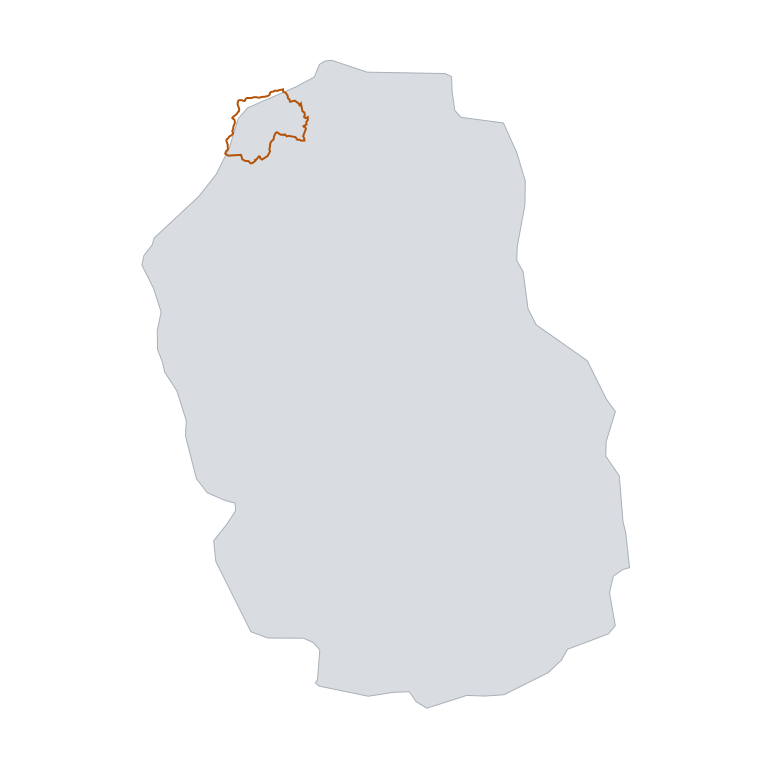 Delchevo, Delčevo, North Macedonia (highlighted), rotated 267°
{"feature_id": "65306769B90097726978799", "entity_name": "Delchevo", "entity_type": "district", "adm_level": 2, "iso_a3": "MKD", "parent_name": "North Macedonia", "parent_adm1": "Delčevo", "projection": "robinson", "projection_center": [22.782, 41.938], "detail": "medium", "context": "in_parent", "style": "outline", "palette": "amber", "viewbox_px": 768, "rotation_deg": 267, "n_neighbors": 0, "source": "geoboundaries", "source_scale": "gbopen_adm2", "svg_char_len": 2987}
<svg xmlns="http://www.w3.org/2000/svg" viewBox="0 0 768 768"><g transform="rotate(267 384 384)"><path d="M343.3,183.0L357.5,184.7L388.2,176.7L407.4,165.6L417.2,164.0L430.2,159.7L448.8,160.3L467.7,165.2L491.8,158.8L515.4,148.4L524.9,151.0L535.1,159.8L541.9,162.2L580.9,208.7L602.4,227.6L627.7,241.8L656.6,252.3L667.0,262.3L685.4,311.8L694.3,330.6L706.5,336.2L709.5,341.6L710.0,348.7L696.3,383.5L690.8,461.4L687.3,467.6L672.8,467.3L653.5,469.0L646.2,475.0L638.4,516.9L607.5,528.9L579.3,535.7L555.6,534.1L514.0,524.2L500.4,523.1L488.7,528.8L451.5,531.8L435.1,539.1L396.6,588.2L357.6,605.1L344.3,613.6L314.7,602.8L300.4,601.7L279.8,614.2L234.7,615.4L222.5,617.6L187.7,619.6L186.3,612.8L180.0,602.9L163.8,598.3L130.7,602.3L122.7,595.0L109.5,553.4L98.9,546.7L87.1,532.7L67.4,487.5L67.1,467.7L68.7,450.4L58.0,409.8L64.9,399.6L75.4,393.1L75.6,376.8L73.0,352.0L85.7,303.3L89.1,299.8L92.2,302.1L121.8,306.0L129.5,299.8L134.4,290.2L136.4,254.6L143.6,238.1L215.4,206.8L236.4,205.7L252.5,220.0L265.2,229.2L272.9,229.0L275.8,219.7L284.6,201.9L299.3,191.7L342.9,183.0L343.3,183.0Z" fill="#d9dde1" stroke="#a8b0b8" stroke-width="1"/><path d="M654.5,321.8L653.5,319.9L654.9,318.1L656.6,319.0L659.3,318.7L660.6,316.9L668.4,315.7L666.7,314.4L668.6,313.4L671.6,309.8L670.8,304.9L673.1,304.5L674.4,303.1L677.0,302.8L679.7,301.3L681.2,298.6L683.5,298.6L683.4,298.2L683.1,296.1L683.0,294.8L682.9,294.1L682.4,293.4L682.3,292.1L682.7,291.1L682.6,290.1L681.7,288.7L681.7,287.4L681.7,287.1L681.4,286.5L680.9,285.4L679.0,285.0L678.5,284.3L678.0,283.7L677.9,283.4L677.2,281.0L677.1,279.1L677.1,277.2L676.7,275.4L676.4,274.6L676.6,273.4L677.0,271.8L677.2,270.4L677.2,269.0L677.0,268.1L676.6,267.2L676.6,265.3L676.8,262.1L676.2,261.3L675.5,260.5L673.9,259.7L673.9,259.2L674.5,257.5L674.9,256.7L675.0,255.6L674.9,254.0L674.7,253.4L672.1,252.5L671.0,252.4L666.6,253.7L665.9,253.8L664.1,253.4L663.8,253.3L663.7,252.9L662.9,252.1L661.0,250.8L659.6,248.7L658.7,247.3L657.7,246.4L657.0,246.8L656.8,247.4L655.7,248.5L654.5,248.7L652.9,248.8L651.4,248.3L650.0,247.5L648.2,246.9L647.4,246.9L646.0,246.6L645.2,246.0L644.7,245.8L644.3,245.7L644.1,245.8L643.0,246.4L642.5,246.3L642.1,246.2L641.2,245.7L640.6,245.1L640.1,244.4L639.7,243.3L639.4,242.7L638.7,242.0L638.2,241.8L637.1,240.6L636.8,240.4L636.6,239.7L635.3,239.3L633.3,239.8L631.2,240.5L630.7,240.5L630.0,240.3L627.1,240.5L625.6,239.8L625.1,238.9L624.4,238.3L622.3,237.5L620.2,240.4L620.3,253.2L615.8,254.3L614.1,256.9L613.6,260.5L611.4,262.2L611.4,263.8L613.4,267.0L614.6,267.1L614.6,268.1L617.9,271.0L617.5,272.0L615.7,272.4L614.5,274.0L617.9,279.8L622.3,282.4L624.6,281.8L628.3,282.9L629.3,282.6L632.1,284.1L634.0,286.5L636.9,287.1L640.1,288.7L641.1,290.3L638.3,293.9L638.5,295.5L637.8,296.5L638.5,298.1L636.4,299.8L636.8,301.8L635.2,308.5L632.4,310.3L632.4,312.5L631.3,314.0L631.3,317.3L633.7,317.1L635.6,316.2L643.1,319.4L645.0,318.5L645.0,317.5L645.7,317.1L647.2,320.2L649.4,320.0L651.8,321.8L654.5,321.8Z" fill="none" stroke="#b45309" stroke-width="2"/></g></svg>